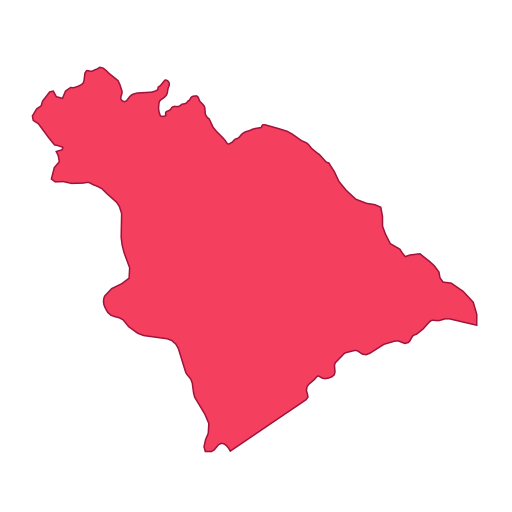 SVG path tracing the border of Ladakh, rotated 178°
{"feature_id": "IND-20012", "entity_name": "Ladakh", "entity_type": "Union Territory", "adm_level": 1, "iso_a3": "IND", "parent_name": "India", "parent_adm1": "", "projection": "mercator", "projection_center": [77.875, 33.921], "detail": "fine", "context": "isolated", "style": "filled", "palette": "rose", "viewbox_px": 512, "rotation_deg": 178, "n_neighbors": 0, "source": "natural_earth", "source_scale": "10m", "svg_char_len": 3758}
<svg xmlns="http://www.w3.org/2000/svg" viewBox="0 0 512 512"><g transform="rotate(178 256 256)"><path d="M288.5,61.9L290.0,64.7L292.0,67.4L294.3,69.3L297.0,70.0L300.0,68.8L304.6,63.6L307.5,62.1L313.5,62.4L314.6,67.3L312.8,74.2L309.9,80.5L309.0,90.3L312.6,99.7L322.2,117.0L323.2,121.6L324.1,131.1L325.5,135.3L329.6,140.7L330.5,142.9L336.9,166.5L339.2,170.7L343.2,174.5L347.7,176.4L371.0,180.4L376.9,182.9L385.7,189.8L390.9,196.7L394.7,199.0L399.5,200.4L403.2,202.0L406.2,204.9L406.8,206.0L408.7,209.8L409.7,212.7L410.0,215.5L409.7,218.4L408.7,221.2L401.3,228.5L391.3,232.9L383.6,238.3L382.7,248.7L387.7,263.8L389.4,271.6L390.1,279.6L388.8,303.1L390.8,310.2L393.2,314.3L402.6,323.3L402.8,323.5L407.6,328.6L410.5,330.3L413.5,331.8L416.6,333.1L418.8,334.5L421.2,335.5L424.0,335.2L426.5,334.9L437.8,335.0L446.0,337.1L454.1,337.1L457.8,340.1L454.5,351.4L449.3,357.0L450.1,363.1L452.0,367.4L445.9,369.0L445.3,371.4L449.9,373.2L453.5,374.1L459.3,381.8L468.9,395.8L473.9,399.3L474.6,403.7L470.1,410.7L465.5,413.5L463.9,418.3L459.5,423.5L456.5,427.2L452.8,427.9L450.0,422.2L443.9,420.3L440.6,427.5L435.3,430.9L433.2,430.5L430.7,430.9L427.7,431.9L424.8,433.2L422.7,434.8L421.7,437.5L420.6,444.7L418.9,447.1L418.0,447.2L415.2,446.5L414.1,446.3L412.7,446.7L410.1,447.9L408.7,448.2L405.4,450.1L402.1,449.0L399.1,446.4L396.4,443.5L387.8,436.1L386.1,432.2L384.3,425.9L384.1,424.1L384.7,421.9L385.5,419.8L385.7,417.8L384.3,415.7L381.9,414.8L379.9,415.7L376.9,419.4L375.2,421.0L373.4,422.0L369.2,423.0L354.7,423.4L350.7,424.4L348.3,425.7L347.9,428.1L345.6,429.6L341.0,434.9L339.9,435.0L339.0,434.7L337.8,433.8L336.9,432.5L336.6,430.9L336.9,429.2L337.7,427.5L338.2,426.0L338.9,422.3L339.5,420.7L340.0,419.8L341.0,418.7L343.0,417.1L345.6,415.5L346.6,414.5L347.2,413.4L347.6,412.4L347.8,410.9L348.2,407.3L348.1,405.4L347.9,403.6L347.1,400.6L346.8,399.7L346.4,399.3L345.8,399.0L345.0,398.8L343.1,398.9L342.2,399.1L341.4,399.3L341.2,399.8L341.4,401.9L341.1,402.9L340.1,403.6L337.5,404.6L336.4,405.3L334.9,407.4L333.8,408.0L332.2,408.4L330.2,408.1L328.5,408.1L327.2,408.5L324.7,410.3L322.4,410.6L320.6,411.1L319.6,411.8L319.0,412.8L318.4,413.4L317.5,413.8L316.8,414.4L316.1,415.6L315.0,417.1L313.3,417.9L309.8,418.1L308.4,416.9L307.7,415.2L307.2,413.5L306.3,412.0L303.7,409.3L302.6,407.7L302.0,405.9L301.7,399.6L301.0,398.0L299.8,396.1L298.0,394.7L294.4,386.1L290.9,381.6L284.9,375.2L282.6,372.3L281.6,370.5L280.4,369.1L279.5,368.9L278.6,369.0L277.7,369.7L275.7,370.6L274.2,372.3L273.3,373.0L272.5,373.6L270.6,374.1L269.6,374.5L268.8,375.2L266.1,378.1L264.6,379.2L263.3,380.0L261.8,380.6L257.6,381.7L255.5,382.7L252.1,383.5L247.0,384.1L246.5,384.3L246.0,384.8L245.3,386.2L244.6,386.9L242.3,386.8L229.2,382.6L220.6,379.6L215.7,376.7L206.7,369.8L202.2,367.6L200.6,366.5L199.3,365.1L196.8,361.7L191.2,356.7L189.2,355.3L183.0,347.9L181.6,346.9L180.1,346.6L174.8,337.6L170.5,327.6L163.5,318.4L154.3,309.3L143.9,304.8L135.6,303.2L129.6,300.4L128.2,291.1L128.5,281.4L125.9,273.4L121.4,263.7L111.9,257.7L109.7,253.9L106.9,250.2L102.2,251.6L92.1,252.5L87.7,248.7L82.4,244.2L78.0,239.8L73.7,233.5L72.9,227.8L70.0,223.4L61.9,222.1L50.2,213.4L40.5,202.2L37.4,190.0L37.8,179.1L64.7,186.4L69.2,186.6L75.1,185.1L77.3,185.1L81.6,185.7L83.5,185.2L85.6,183.5L91.5,177.3L98.2,172.3L101.0,171.4L101.7,171.0L103.1,169.3L105.2,165.7L106.8,164.2L110.4,163.4L116.9,166.2L120.3,166.1L131.2,163.3L145.3,155.0L149.2,153.5L153.1,154.2L157.6,157.5L159.2,158.1L161.0,158.1L169.8,156.2L171.2,155.5L180.5,146.5L181.4,144.1L181.1,137.4L181.9,134.6L184.4,132.6L188.0,131.4L191.6,131.0L194.4,131.8L197.1,133.6L198.6,133.9L199.9,132.8L201.9,130.6L208.0,125.7L209.6,123.5L210.3,119.7L209.4,116.2L209.0,113.2L211.0,110.6L211.7,110.2L250.1,86.1L288.5,61.9Z" fill="#f43f5e" stroke="#9f1239" stroke-width="1.5"/></g></svg>